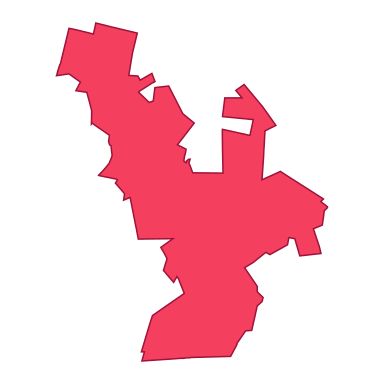 the district of Tubutama, Sonora, Mexico
{"feature_id": "50627088B99334846308648", "entity_name": "Tubutama", "entity_type": "district", "adm_level": 2, "iso_a3": "MEX", "parent_name": "Mexico", "parent_adm1": "Sonora", "projection": "albers", "projection_center": [-111.464, 30.932], "detail": "fine", "context": "isolated", "style": "filled", "palette": "rose", "viewbox_px": 384, "rotation_deg": 0, "n_neighbors": 0, "source": "geoboundaries", "source_scale": "gbopen_adm2", "svg_char_len": 3544}
<svg xmlns="http://www.w3.org/2000/svg" viewBox="0 0 384 384"><path d="M141.9,361.0L173.2,358.9L181.0,358.3L181.7,358.3L182.4,358.3L182.5,358.4L182.8,358.3L183.1,358.3L183.4,358.3L183.5,358.3L186.2,357.9L189.7,357.8L190.9,357.4L191.0,357.5L197.5,357.3L230.6,356.4L234.9,348.4L236.9,344.6L237.0,343.4L245.6,330.9L251.7,330.4L251.9,329.9L251.9,329.6L254.7,317.4L257.2,306.0L262.1,301.5L263.1,297.5L259.4,293.9L257.3,291.8L257.2,286.3L244.6,267.7L253.0,262.6L265.3,252.8L265.6,252.5L265.8,252.4L269.9,254.6L287.5,244.8L288.9,237.6L294.8,238.7L299.8,255.9L321.0,253.5L319.4,246.8L313.4,228.8L322.3,225.1L323.6,216.4L324.2,210.9L327.5,207.6L327.4,206.7L326.7,206.2L320.8,201.6L323.5,199.0L287.9,176.3L280.4,171.4L262.0,179.8L262.4,174.1L263.6,156.6L263.9,149.3L264.0,148.6L265.0,130.9L270.3,128.2L275.9,125.4L262.7,106.8L244.1,84.5L235.8,90.4L242.0,97.9L224.8,97.9L222.5,116.6L253.3,119.6L249.9,135.4L222.4,129.3L222.3,130.1L222.5,149.7L222.9,167.4L223.0,173.1L213.0,173.0L192.7,172.8L190.1,165.6L188.9,163.2L190.1,159.2L188.6,159.3L186.5,161.0L186.3,162.7L184.0,161.5L184.0,159.6L184.7,155.4L185.2,154.4L186.1,149.2L177.5,144.8L193.0,124.7L194.2,123.1L192.7,121.8L182.8,113.7L168.7,86.0L154.9,87.6L153.2,101.1L149.1,102.4L138.6,92.2L139.1,91.8L139.3,91.3L153.6,82.1L153.7,82.4L155.0,81.5L151.9,73.4L140.7,79.8L140.5,80.0L140.2,80.2L137.9,76.0L128.8,75.4L132.4,53.5L132.5,53.0L133.4,49.2L137.3,33.1L109.0,26.3L95.8,23.0L95.1,26.6L93.4,34.0L74.1,29.3L69.0,28.3L63.1,52.7L62.9,53.3L62.6,54.7L62.5,55.3L61.9,57.5L61.7,58.4L61.6,59.0L61.3,60.1L61.1,60.9L60.9,61.7L60.8,62.4L60.5,63.6L59.9,64.4L59.6,65.3L57.4,72.2L57.6,72.3L56.5,75.7L68.9,73.9L71.9,76.0L80.4,82.1L75.9,90.7L86.8,92.3L90.1,104.5L91.7,110.8L91.4,124.2L92.4,123.1L94.6,125.0L109.4,135.2L108.6,141.5L109.6,144.9L111.0,145.6L111.6,151.4L112.1,155.2L111.8,156.7L109.2,163.2L106.4,166.7L105.8,167.5L105.7,167.6L105.5,167.8L105.4,168.0L105.2,168.2L104.9,168.5L104.7,168.8L104.4,169.1L104.1,169.5L103.9,169.7L103.8,169.8L103.7,169.9L103.5,170.1L103.3,170.3L102.9,170.8L102.4,171.4L101.9,171.9L101.4,172.4L101.1,172.7L100.6,173.2L100.3,173.5L100.0,173.8L99.8,174.1L99.4,174.5L99.1,174.7L98.9,175.0L98.6,175.2L98.5,175.4L98.7,175.5L99.2,175.6L99.6,175.7L99.8,175.7L100.2,175.8L101.0,176.0L101.4,176.1L102.0,176.2L102.4,176.3L103.1,176.4L103.9,176.6L104.8,176.8L105.2,176.8L105.4,176.9L105.8,177.0L106.2,177.1L107.1,177.2L108.1,177.4L109.1,177.6L110.8,178.0L113.2,178.5L115.0,178.8L115.5,178.9L115.8,179.0L116.1,179.0L116.3,179.1L117.4,179.9L115.4,183.1L124.5,193.7L123.6,200.2L130.1,197.4L135.6,225.2L135.6,225.3L135.7,226.0L136.1,227.5L138.3,239.1L152.6,238.9L172.9,238.7L160.8,247.4L164.3,253.3L165.2,255.1L165.4,255.5L165.7,256.1L166.1,256.9L166.8,258.2L167.0,258.8L166.8,259.4L166.6,260.2L166.4,260.9L166.2,261.5L166.1,261.9L165.8,262.7L165.5,263.5L165.3,264.2L165.1,264.9L164.7,266.3L164.2,267.9L163.8,269.3L163.4,270.4L163.8,270.9L164.3,271.4L164.8,271.9L165.3,272.6L165.8,273.2L166.5,274.0L167.4,275.1L168.2,276.0L169.5,277.6L170.2,278.3L171.0,279.4L172.0,280.5L172.6,281.2L173.2,281.9L173.6,282.4L174.3,281.3L174.8,280.3L175.7,278.8L176.5,277.4L176.9,276.6L177.4,277.2L177.8,277.7L178.1,278.2L178.5,278.9L178.6,279.1L179.2,280.6L179.4,281.2L179.6,281.8L179.9,282.4L180.1,283.0L180.3,283.5L180.5,284.0L180.7,284.5L180.9,284.9L181.3,286.0L181.7,286.9L182.0,287.7L182.3,288.4L182.5,289.0L183.0,290.1L183.3,290.9L183.6,291.7L184.0,292.6L184.2,293.1L184.3,293.4L152.5,315.5L150.1,322.8L144.3,342.1L141.4,351.9L144.4,351.8L141.9,361.0Z" fill="#f43f5e" stroke="#9f1239" stroke-width="1.5"/></svg>